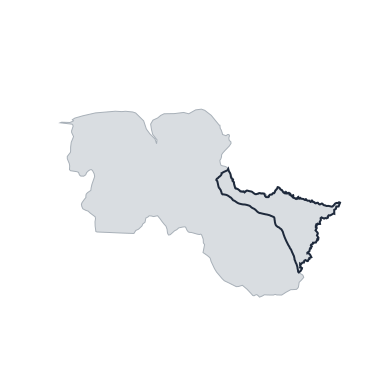 location of VI-7 Upper Corentyne, East Berbice-Corentyne, Guyana, rotated 314°
{"feature_id": "73187651B49855956252830", "entity_name": "VI-7 Upper Corentyne", "entity_type": "district", "adm_level": 2, "iso_a3": "GUY", "parent_name": "Guyana", "parent_adm1": "East Berbice-Corentyne", "projection": "albers", "projection_center": [-57.779, 3.06], "detail": "fine", "context": "in_parent", "style": "outline", "palette": "slate", "viewbox_px": 384, "rotation_deg": 314, "n_neighbors": 0, "source": "geoboundaries", "source_scale": "gbopen_adm2", "svg_char_len": 9541}
<svg xmlns="http://www.w3.org/2000/svg" viewBox="0 0 384 384"><g transform="rotate(314 192 192)"><path d="M121.8,179.0L113.6,169.9L105.4,160.6L97.3,151.5L96.8,150.3L100.2,146.0L103.2,142.9L105.7,141.2L106.9,139.6L106.1,133.0L106.1,130.6L104.9,128.0L104.1,125.1L105.1,122.7L106.3,121.0L107.9,120.3L111.7,119.7L114.4,119.5L115.3,118.5L116.9,117.4L118.9,117.3L122.9,118.1L124.7,116.7L128.0,114.7L135.4,111.3L137.1,109.1L138.3,105.6L138.2,104.0L137.4,103.4L135.6,102.8L132.8,102.7L130.5,103.6L128.2,103.1L126.2,101.0L126.1,99.2L127.3,96.7L126.6,95.0L122.9,89.8L123.0,88.3L125.7,86.0L127.2,84.0L129.3,79.2L130.9,77.6L136.1,77.0L137.4,76.0L140.0,73.5L143.9,70.6L149.6,68.3L151.2,64.1L152.2,63.0L156.7,60.8L157.5,59.6L157.4,58.5L150.2,49.1L151.6,49.7L157.2,55.9L160.3,57.2L160.9,57.3L160.9,55.7L163.8,56.4L171.1,60.6L181.8,67.6L196.8,80.7L201.1,85.7L203.9,88.1L208.4,93.8L209.7,96.6L209.6,107.8L205.6,115.4L204.6,121.0L204.4,128.6L202.1,133.0L205.2,130.6L206.1,123.8L208.7,119.6L212.1,115.1L216.6,114.0L221.5,115.9L225.4,116.3L228.9,117.6L236.2,124.9L243.4,130.7L246.0,135.3L253.6,137.6L258.1,141.2L259.6,144.4L260.5,152.6L259.0,165.1L259.4,165.7L257.3,168.2L257.0,169.7L255.6,172.5L254.6,174.0L256.1,177.4L257.8,177.6L258.5,178.0L258.9,178.7L258.8,179.4L258.2,180.1L256.5,180.9L255.0,182.9L255.1,185.1L254.1,186.3L251.0,186.9L244.8,186.9L241.8,187.0L239.4,187.4L237.8,188.8L235.8,189.8L234.2,190.0L232.8,191.7L231.4,194.0L231.9,195.6L233.3,197.8L234.1,200.0L233.0,203.5L231.8,206.2L231.1,208.3L230.1,212.4L227.7,216.8L226.0,219.3L226.1,222.0L226.9,225.9L231.7,231.6L233.3,234.3L234.7,238.6L239.0,242.0L241.8,244.8L241.5,248.4L241.9,249.5L243.6,250.5L245.7,251.2L247.9,251.1L250.0,250.8L250.5,250.3L255.2,250.2L255.7,251.1L256.0,256.4L256.2,258.5L257.3,259.4L258.0,260.7L258.1,261.8L258.3,264.8L259.0,266.3L258.9,269.5L259.4,270.6L260.7,271.4L262.3,273.6L262.9,273.9L263.3,274.7L264.7,277.9L265.4,278.9L265.9,279.0L266.1,280.1L267.1,283.1L267.8,283.8L269.2,286.0L269.7,288.4L271.5,291.1L273.2,293.0L274.0,295.0L276.3,299.3L278.5,302.4L281.5,303.2L284.1,303.6L285.6,304.8L287.2,306.1L285.5,306.6L284.0,307.4L282.0,306.8L279.1,307.1L276.1,308.0L273.4,308.4L268.2,307.1L266.7,306.9L265.6,306.3L263.4,303.6L262.4,303.3L259.7,304.5L256.3,305.4L254.7,305.3L252.8,306.2L251.0,307.4L247.6,312.6L245.8,314.5L243.9,315.4L240.1,315.3L236.1,315.5L233.1,316.8L230.2,317.4L228.8,317.5L228.3,320.4L227.7,321.7L226.8,322.5L224.6,322.7L222.6,322.6L221.4,321.4L219.2,320.8L217.2,320.4L215.9,319.7L214.9,319.9L214.0,321.1L213.3,322.1L212.7,324.0L209.7,324.6L208.4,325.7L209.2,329.2L208.8,330.6L208.2,331.7L204.6,331.9L201.5,331.8L199.7,333.1L197.5,334.6L196.1,334.9L194.6,334.8L192.5,333.0L190.4,330.9L185.3,329.3L180.2,328.1L176.9,324.6L176.1,322.9L174.5,322.2L170.6,318.1L168.4,315.5L166.0,314.8L163.3,313.6L163.4,311.7L163.2,309.9L162.1,309.2L160.4,308.7L159.8,307.6L160.0,305.2L160.3,299.0L159.9,293.1L156.2,291.0L154.7,289.6L151.9,280.8L150.6,276.9L150.6,273.9L151.5,265.2L152.5,261.4L155.4,253.8L157.0,251.2L157.1,249.3L156.9,246.8L156.1,242.0L160.9,238.9L162.9,237.6L163.3,235.5L165.8,232.9L167.0,230.5L167.9,228.5L167.7,227.5L166.6,226.9L165.3,225.0L162.5,219.7L161.5,218.6L160.7,217.1L161.1,214.7L162.2,212.1L162.1,211.1L160.4,209.7L157.0,207.4L154.2,207.2L152.0,206.4L148.8,206.2L146.2,206.0L144.8,205.1L145.1,203.7L145.7,202.6L147.9,199.9L149.3,197.1L149.5,194.3L150.0,190.6L150.6,187.4L151.0,183.7L147.6,181.4L146.5,179.4L145.1,177.7L143.6,177.7L141.2,176.9L137.6,179.2L134.7,178.8L132.8,179.6L128.2,179.4L125.3,178.3L121.8,179.0Z" fill="#d9dde1" stroke="#a8b0b8" stroke-width="1"/><path d="M211.5,215.6L212.1,216.2L212.8,217.2L213.7,218.6L214.0,219.3L214.4,220.6L214.4,220.9L214.6,221.8L214.7,223.0L214.9,223.3L215.0,224.2L215.0,224.6L214.8,225.3L214.9,226.1L214.7,226.4L214.6,227.2L214.7,227.6L215.1,228.4L215.3,229.1L215.4,230.0L215.7,231.5L215.7,231.9L215.8,232.3L216.1,233.1L216.4,233.9L217.6,236.0L218.2,236.9L218.4,237.2L218.9,237.8L219.7,238.7L220.9,240.6L221.0,240.9L221.4,241.6L221.6,242.0L222.1,243.1L222.2,243.6L222.2,245.0L222.3,245.9L222.5,246.7L223.1,248.5L223.2,249.0L223.2,249.5L223.3,250.6L223.2,252.2L223.3,253.4L223.6,254.7L223.9,255.4L224.3,255.8L225.1,257.2L225.5,257.9L225.7,258.2L227.1,260.5L227.8,261.5L229.0,263.6L229.3,264.2L229.6,265.3L229.9,265.7L230.3,267.0L230.8,268.1L230.8,268.5L230.6,269.2L230.0,270.0L229.2,270.9L228.7,271.7L228.1,272.3L227.2,273.7L226.8,274.4L226.5,275.1L226.3,275.9L226.4,277.5L226.4,277.9L226.8,278.6L226.9,278.9L227.0,280.8L227.2,281.6L227.2,282.1L227.2,282.6L227.0,283.0L226.9,283.5L226.7,284.2L226.6,284.6L226.4,285.1L225.3,287.0L224.6,288.4L224.3,289.1L224.0,289.6L223.2,291.5L222.3,293.7L221.8,295.1L221.1,297.1L220.7,298.2L220.5,299.1L220.4,299.5L220.2,300.3L219.8,301.0L219.6,301.8L219.4,303.2L218.7,304.8L218.2,305.9L217.8,307.0L217.3,308.2L216.6,310.1L216.3,310.4L215.5,311.7L214.7,312.6L214.5,312.9L214.3,313.7L213.9,314.4L213.6,315.0L213.2,315.8L212.6,317.6L212.0,318.5L211.4,319.7L210.2,321.2L209.4,322.5L209.2,322.8L208.6,323.4L208.5,323.7L208.3,324.0L208.3,324.7L210.7,325.0L213.1,324.4L213.7,324.0L212.8,322.2L214.0,321.8L214.1,320.9L215.6,319.5L215.8,320.6L217.9,320.5L219.0,321.5L220.6,320.5L221.9,320.9L222.3,322.9L223.1,323.3L224.3,322.7L225.4,323.0L225.8,322.3L228.0,323.2L229.0,320.4L228.9,318.1L228.0,317.6L228.5,317.1L231.0,317.6L232.9,316.3L233.9,316.7L234.2,315.9L235.9,316.1L236.2,314.5L236.9,314.3L239.1,314.9L239.6,314.3L241.7,316.2L244.4,315.3L244.6,315.9L245.5,315.8L246.3,315.2L246.0,314.7L247.0,314.6L247.6,312.0L249.4,311.5L250.0,310.6L250.2,307.5L252.7,306.8L253.2,306.0L252.7,305.5L253.6,304.6L254.9,304.7L255.1,303.9L256.6,304.4L256.5,305.0L258.0,306.3L259.3,304.6L261.3,304.2L262.5,302.7L263.7,302.8L264.6,305.5L265.8,305.9L266.5,307.1L268.0,307.6L268.6,306.7L270.2,306.5L271.2,307.7L274.9,308.8L275.2,309.5L277.9,306.7L279.9,307.2L281.8,305.9L283.4,307.5L287.2,305.9L287.1,305.5L286.8,305.0L286.4,304.7L285.7,304.7L285.4,304.5L284.8,304.0L284.5,303.5L284.3,303.4L283.3,303.1L283.1,303.0L282.8,303.0L282.1,303.1L280.5,303.2L279.1,303.1L278.8,302.9L278.4,302.5L276.8,299.8L275.6,298.7L275.3,298.3L274.7,296.8L274.3,296.4L274.1,295.9L274.0,295.2L274.2,294.1L274.0,293.5L273.8,293.3L272.7,293.0L272.2,292.8L272.0,292.6L271.6,292.3L271.6,292.1L271.5,291.6L271.5,291.1L271.7,290.3L271.7,290.0L271.5,289.8L271.0,289.4L269.9,289.0L269.6,288.7L269.4,288.0L269.4,287.8L269.5,287.5L269.7,287.3L269.7,287.2L269.4,287.0L269.3,286.8L269.2,286.2L268.7,285.5L268.7,285.1L269.2,284.9L269.3,284.3L269.2,284.2L269.0,284.5L268.9,284.6L268.5,284.4L268.2,284.3L267.6,284.4L267.2,284.2L267.2,283.2L267.2,282.6L267.2,282.3L266.8,281.9L266.5,281.7L266.1,281.3L265.9,281.0L265.9,280.4L265.8,280.1L265.7,279.9L266.0,278.9L265.9,278.8L265.7,278.8L265.3,279.1L264.9,279.0L264.7,278.7L264.5,278.1L264.4,277.1L263.8,276.2L263.0,275.2L262.8,274.8L262.8,274.5L263.0,274.2L263.0,273.9L262.8,273.8L262.3,274.0L261.9,274.0L261.7,273.8L261.5,273.5L261.5,273.1L261.7,272.5L262.2,271.9L261.9,271.8L261.2,272.2L260.6,272.4L260.3,272.4L259.9,272.3L259.9,272.0L260.1,271.7L259.3,271.5L259.1,271.4L259.0,271.1L259.1,270.5L258.9,270.0L258.4,269.2L258.2,268.7L258.2,268.3L258.3,268.2L258.5,268.1L259.1,268.0L259.6,267.6L259.8,267.4L260.0,267.0L259.8,266.9L259.6,266.8L259.0,267.3L258.8,267.4L258.5,267.3L258.3,267.1L258.2,266.8L258.3,266.3L258.2,265.6L258.3,265.2L258.6,264.8L258.0,264.4L257.8,264.0L257.9,263.8L258.2,263.7L258.9,263.7L259.0,263.5L258.8,263.0L258.7,262.2L258.0,261.8L257.6,261.8L256.8,261.4L256.7,261.1L256.7,260.8L256.8,260.5L257.2,260.1L257.2,259.9L256.6,260.2L256.3,260.4L256.0,260.3L255.6,259.9L255.5,259.4L255.5,259.2L256.0,258.8L255.8,258.6L255.5,258.6L255.2,258.4L255.2,257.9L255.3,257.4L255.6,256.2L255.7,255.8L255.6,255.3L255.8,255.0L255.7,254.8L255.5,254.7L255.3,253.9L255.3,253.5L255.6,253.0L255.7,252.7L255.7,252.1L255.6,251.3L255.3,250.9L255.2,250.4L255.0,250.2L254.7,250.3L254.4,250.7L253.8,250.9L251.6,251.0L251.0,251.0L250.5,251.2L249.6,251.6L249.1,251.7L248.4,251.9L248.1,251.9L247.8,251.7L247.6,251.2L247.3,251.0L246.9,251.0L246.6,251.0L245.7,251.2L245.2,250.8L244.6,250.2L244.1,249.9L243.3,249.9L242.8,250.0L242.4,250.4L241.7,250.6L241.2,250.4L241.0,250.1L240.9,250.0L240.1,249.2L239.8,248.8L239.8,248.3L239.9,247.2L240.2,246.7L240.6,246.0L240.8,245.6L240.8,245.2L240.4,244.4L239.7,243.5L239.3,243.2L238.8,242.6L238.4,241.7L238.2,241.4L237.7,241.0L237.1,240.8L236.9,240.7L236.8,240.8L235.6,240.0L235.3,239.9L234.8,239.5L234.4,239.0L234.3,238.6L234.1,237.8L233.9,235.8L233.9,235.3L233.7,234.6L233.4,234.1L232.4,232.6L231.6,231.1L231.3,230.6L230.9,230.3L230.4,230.2L230.1,230.3L228.2,230.1L228.2,228.8L227.9,228.7L227.6,228.5L227.0,227.8L226.6,227.2L226.2,226.7L226.0,226.2L226.1,225.9L226.1,225.6L226.1,224.7L225.9,223.1L225.4,221.8L225.0,221.4L224.8,220.9L224.8,220.5L225.2,219.7L226.7,217.1L227.7,215.7L228.1,215.5L228.1,215.1L228.2,213.3L229.4,213.0L229.5,212.7L229.4,212.2L229.2,211.4L229.4,210.5L230.1,209.2L231.1,208.0L231.7,207.0L232.3,205.5L232.3,205.0L232.7,203.9L233.0,203.3L233.8,202.0L233.4,202.1L233.1,202.3L232.7,202.4L231.9,202.3L230.9,201.9L229.4,201.3L228.7,201.0L227.9,200.8L227.5,200.6L227.2,200.6L226.7,200.5L226.3,200.4L226.1,200.2L225.4,200.8L225.1,201.0L224.7,201.1L224.3,201.2L223.5,201.2L222.5,201.2L221.4,200.9L220.4,201.0L220.0,201.0L218.9,200.7L218.2,200.8L217.9,200.9L217.5,201.2L217.4,202.4L217.3,202.8L214.9,206.4L214.6,206.8L214.2,207.6L213.9,208.0L213.8,208.4L213.7,208.8L213.8,209.3L213.5,210.2L213.3,211.4L212.9,212.0L212.7,212.5L212.2,213.5L211.7,214.2L211.6,214.6L211.5,215.6Z" fill="none" stroke="#1e293b" stroke-width="2"/></g></svg>